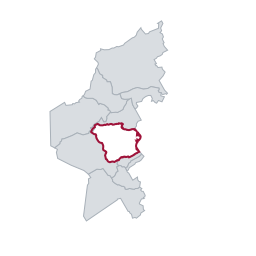 map of Nigeria with Democratic Republic of the Congo, Chad, Mali and 7 others greyed out, rotated 240°
{"feature_id": "NGA", "entity_name": "Nigeria", "entity_type": "country or territory", "adm_level": 0, "iso_a3": "NGA", "parent_name": "Africa", "parent_adm1": "", "projection": "robinson", "projection_center": [7.751, 9.075], "detail": "fine", "context": "with_neighbors", "style": "outline", "palette": "rose", "viewbox_px": 256, "rotation_deg": 240, "n_neighbors": 10, "source": "natural_earth", "source_scale": "50m", "svg_char_len": 9808}
<svg xmlns="http://www.w3.org/2000/svg" viewBox="0 0 256 256"><g transform="rotate(240 128 128)"><path d="M203.0,167.5L203.9,176.7L203.5,179.0L204.2,181.5L206.4,183.9L208.4,189.3L206.9,188.9L200.7,190.1L199.6,192.9L200.5,194.8L199.1,204.2L202.8,206.7L203.8,205.9L204.0,210.6L201.1,210.5L198.3,206.3L195.4,205.7L194.6,203.4L192.2,204.8L189.2,204.2L188.0,202.2L183.8,201.9L183.6,200.6L180.6,200.2L175.6,201.2L175.9,196.0L174.6,194.4L174.4,191.8L175.0,189.2L174.2,187.5L174.2,184.8L169.5,184.8L169.9,183.3L167.9,183.3L167.7,184.0L165.4,184.2L163.8,187.8L161.7,187.2L157.9,188.1L155.6,184.5L153.6,178.7L142.4,178.6L138.4,179.6L137.9,178.3L138.8,177.9L139.6,174.9L141.0,174.0L142.0,174.4L143.3,172.7L145.3,172.8L145.6,174.0L147.0,174.8L152.4,168.6L152.3,165.0L154.0,160.8L158.3,156.5L158.7,155.1L159.4,152.1L159.7,145.8L161.6,140.8L162.1,135.2L163.6,133.0L165.6,131.6L171.2,134.6L176.8,135.9L178.5,133.0L180.2,133.4L184.4,131.2L186.0,132.2L187.2,132.0L187.8,131.0L189.2,130.6L194.5,131.2L195.7,130.7L198.1,134.3L199.8,134.8L204.7,133.4L205.6,135.3L209.0,138.1L208.8,143.2L210.3,143.8L207.6,146.5L205.4,150.7L205.2,154.2L204.3,155.8L204.2,159.1L203.1,160.3L202.1,165.6L203.0,167.5Z" fill="#d9dde1" stroke="#a8b0b8" stroke-width="1"/><path d="M181.3,68.7L181.9,85.9L178.6,85.6L176.0,91.4L176.8,92.4L175.6,93.8L176.0,95.6L174.7,98.9L176.0,98.7L176.8,100.4L176.9,102.9L178.3,104.1L178.3,105.2L175.9,105.9L174.0,107.7L171.3,112.4L167.8,114.4L163.0,114.5L163.4,116.0L159.8,119.2L155.0,120.9L153.5,119.8L152.8,120.9L149.6,121.2L150.2,120.1L148.5,115.3L146.8,114.6L144.5,112.1L145.4,110.0L150.3,110.2L148.2,106.3L148.0,100.5L146.5,97.8L146.9,95.7L144.5,95.6L144.4,92.9L142.9,91.3L144.5,85.6L149.2,81.5L149.4,75.9L150.7,67.1L151.5,65.3L149.9,63.8L149.9,62.4L148.4,61.3L147.4,54.6L151.2,52.2L181.3,68.7Z" fill="#d9dde1" stroke="#a8b0b8" stroke-width="1"/><path d="M48.2,101.1L47.9,96.5L46.5,95.3L45.7,90.2L47.0,89.4L47.7,86.8L51.5,87.9L53.6,87.1L55.1,87.4L55.7,86.4L70.8,86.4L71.7,83.3L71.1,82.8L68.3,45.5L73.9,45.4L98.8,64.3L99.7,66.3L103.7,68.3L103.7,71.0L107.9,70.6L107.9,80.5L105.8,83.4L105.5,86.1L97.0,87.1L95.5,88.7L90.7,88.8L89.8,88.0L87.7,88.6L84.1,90.4L83.4,91.8L80.4,93.7L79.9,94.8L78.3,95.7L76.5,95.1L75.5,96.2L74.9,99.1L71.8,102.7L71.9,104.2L70.8,106.0L71.0,108.5L68.6,109.7L68.0,107.9L66.3,108.3L65.5,109.5L61.1,109.2L59.9,108.0L60.2,106.7L59.7,106.2L58.9,106.6L59.8,104.1L57.1,100.1L56.3,100.0L53.1,102.2L49.8,100.6L48.2,101.1Z" fill="#d9dde1" stroke="#a8b0b8" stroke-width="1"/><path d="M101.7,126.3L98.6,126.8L97.7,123.8L97.9,113.9L97.1,113.0L97.0,110.9L94.5,108.1L95.0,105.8L96.3,105.3L97.1,103.4L98.9,103.0L101.1,100.5L102.4,100.5L105.3,102.9L105.1,104.4L106.0,106.9L105.2,108.7L105.6,109.8L102.6,113.8L101.9,116.6L101.7,126.3Z" fill="#d9dde1" stroke="#a8b0b8" stroke-width="1"/><path d="M147.4,54.6L148.4,61.3L149.9,62.4L149.9,63.8L151.5,65.3L150.7,67.1L149.4,75.9L149.2,81.5L144.5,85.6L142.9,91.3L144.4,92.9L144.5,95.6L146.9,95.7L146.5,97.8L145.5,98.0L145.3,99.4L144.6,99.5L142.0,94.8L141.2,94.6L138.2,97.0L133.2,95.5L132.1,96.1L129.9,96.0L127.7,97.8L125.8,97.9L121.2,95.7L119.4,96.7L117.5,96.7L116.0,95.0L112.3,93.4L108.2,93.9L107.2,94.9L106.7,97.3L105.6,99.1L105.3,102.9L102.4,100.5L101.1,100.5L99.8,101.7L99.9,98.8L95.5,97.8L95.4,95.7L93.3,92.9L92.8,90.9L93.1,88.8L95.5,88.7L97.0,87.1L105.5,86.1L105.8,83.4L107.9,80.5L107.9,70.6L113.2,68.6L124.1,60.2L136.8,51.9L142.7,53.8L144.8,56.2L147.4,54.6Z" fill="#d9dde1" stroke="#a8b0b8" stroke-width="1"/><path d="M146.5,97.8L148.0,100.5L148.2,106.3L150.3,110.2L145.4,110.0L144.5,112.1L146.8,114.6L148.5,115.3L150.2,120.1L147.7,125.6L146.8,126.4L146.6,132.9L148.4,135.1L150.2,138.9L151.9,140.3L152.5,143.5L152.2,145.8L146.1,143.7L128.2,143.4L128.8,140.0L127.3,137.2L125.5,136.4L124.8,134.5L123.8,133.9L124.8,129.6L126.6,125.5L127.7,125.4L130.0,122.9L131.4,122.8L133.6,124.6L136.2,123.2L138.0,117.4L140.0,115.7L143.1,106.7L146.2,103.3L146.8,101.1L145.3,99.4L145.5,98.0L146.5,97.8Z" fill="#d9dde1" stroke="#a8b0b8" stroke-width="1"/><path d="M95.0,105.8L94.5,108.1L97.0,110.9L97.1,113.0L97.9,113.9L97.7,123.8L98.6,126.8L95.5,127.7L93.7,123.4L93.4,121.3L94.2,117.4L93.3,115.8L93.0,109.3L91.4,107.1L91.7,105.7L95.0,105.8Z" fill="#d9dde1" stroke="#a8b0b8" stroke-width="1"/><path d="M71.0,108.5L70.8,106.0L71.9,104.2L71.8,102.7L74.9,99.1L75.5,96.2L76.5,95.1L78.3,95.7L79.9,94.8L80.4,93.7L83.4,91.8L84.1,90.4L87.7,88.6L89.8,88.0L90.7,88.8L93.1,88.8L92.8,90.9L93.3,92.9L95.4,95.7L95.5,97.8L99.9,98.8L99.8,101.7L98.9,103.0L97.1,103.4L96.3,105.3L95.0,105.8L89.9,105.4L88.7,106.1L80.4,106.0L80.8,111.7L78.2,110.5L76.4,110.7L75.1,111.8L71.0,108.5Z" fill="#d9dde1" stroke="#a8b0b8" stroke-width="1"/><path d="M195.7,130.7L194.5,131.2L189.2,130.6L186.0,132.2L184.4,131.2L180.2,133.4L178.5,133.0L176.8,135.9L171.2,134.6L165.6,131.6L163.6,133.0L162.1,135.2L161.8,138.2L156.7,137.2L154.5,139.5L152.5,143.5L151.9,140.3L150.2,138.9L148.4,135.1L146.6,132.9L146.5,129.8L146.8,126.4L147.7,125.6L149.6,121.2L152.8,120.9L153.5,119.8L155.0,120.9L159.8,119.2L163.4,116.0L163.0,114.5L167.8,114.4L171.3,112.4L174.0,107.7L175.9,105.9L178.3,105.2L178.8,107.0L181.0,109.7L180.7,114.6L187.0,119.5L187.1,120.9L191.2,125.0L192.2,127.6L195.1,129.3L195.7,130.7Z" fill="#d9dde1" stroke="#a8b0b8" stroke-width="1"/><path d="M161.8,138.2L161.6,140.8L159.7,145.8L159.4,152.1L158.7,155.1L158.3,156.5L154.0,160.8L152.3,165.0L152.4,168.6L147.0,174.8L145.6,174.0L145.3,172.8L143.3,172.7L142.0,174.4L139.5,172.5L136.8,175.1L133.7,170.5L136.6,168.1L135.2,165.2L136.5,164.2L139.1,163.6L139.4,161.7L141.4,163.8L144.8,164.0L146.0,161.9L146.4,159.1L146.0,155.7L144.2,153.1L145.9,148.1L144.9,147.3L142.1,147.6L141.0,145.4L141.3,143.5L146.1,143.7L152.2,145.8L152.5,143.5L154.5,139.5L156.7,137.2L161.8,138.2Z" fill="#d9dde1" stroke="#a8b0b8" stroke-width="1"/><path d="M143.1,94.1L143.7,95.0L144.4,96.0L144.9,96.8L145.3,98.8L145.3,99.2L145.3,99.4L145.4,99.5L145.4,99.8L145.7,99.9L146.2,100.0L146.6,100.2L146.9,100.5L147.0,100.8L147.0,101.0L147.0,101.5L146.9,102.2L146.8,102.6L146.9,103.2L146.9,103.5L146.6,103.9L146.2,104.1L145.4,104.6L145.2,104.7L144.9,104.7L144.6,104.9L144.3,105.2L143.6,106.3L142.9,107.5L142.7,108.5L142.5,109.4L141.9,110.0L141.9,110.3L141.8,110.5L141.8,110.9L141.8,111.6L141.7,112.0L141.0,112.3L140.7,112.6L140.5,113.1L140.4,113.7L140.3,114.3L140.2,114.9L140.1,115.2L139.9,115.5L139.6,115.9L139.3,116.1L138.7,116.2L138.3,116.9L138.0,117.5L138.0,117.8L137.7,119.0L137.2,119.9L137.2,120.3L137.2,120.5L136.6,121.3L136.4,121.6L136.3,121.9L136.4,122.2L136.6,122.5L136.3,122.8L135.8,123.3L135.6,123.6L135.4,124.4L135.4,124.6L135.2,124.8L134.9,125.1L134.6,125.3L134.3,125.4L133.9,125.5L133.8,125.4L133.7,125.2L133.5,124.4L133.4,124.2L133.2,124.0L132.8,123.6L132.3,123.1L131.8,122.8L131.7,122.8L131.5,123.4L131.4,123.5L131.1,123.6L130.7,123.6L130.3,123.5L130.2,123.4L130.2,123.2L129.7,123.4L129.1,123.9L128.9,124.0L128.7,124.1L128.5,124.6L128.2,125.1L127.9,125.4L127.6,125.6L127.4,125.8L127.2,126.0L126.6,126.6L126.0,127.4L125.7,127.7L125.5,128.3L125.4,129.0L125.2,129.7L125.0,130.9L124.7,131.5L124.4,132.0L124.2,132.4L124.1,132.8L123.9,132.9L123.6,132.8L123.4,132.5L123.2,132.5L122.9,132.0L123.2,133.2L123.0,133.6L122.0,133.6L121.2,133.8L120.6,133.8L120.3,133.6L120.1,133.2L120.1,133.5L119.9,133.6L119.2,133.7L118.9,133.4L118.7,133.1L118.4,132.9L118.5,133.1L118.7,133.4L118.7,133.8L118.2,134.3L117.8,134.3L117.6,134.1L117.5,133.8L117.5,133.2L117.3,132.9L117.2,132.9L117.3,133.2L117.3,133.5L117.3,134.0L117.6,134.4L117.2,134.5L116.7,134.6L116.7,134.4L116.6,134.1L116.4,134.6L116.2,134.6L115.5,134.7L115.3,134.7L115.4,134.4L115.3,134.2L115.1,134.4L115.1,134.8L114.6,134.8L114.2,134.6L114.0,134.4L113.5,134.1L112.7,133.2L112.6,132.9L112.4,132.4L112.2,131.9L112.0,131.2L112.3,131.0L112.0,131.0L111.9,130.9L111.9,130.6L111.9,130.2L112.2,130.1L112.4,130.1L112.5,129.9L112.6,129.7L112.0,130.0L111.4,129.6L111.3,129.4L111.3,129.2L111.6,129.2L112.0,129.2L111.8,129.0L111.7,128.9L111.8,128.7L111.7,128.7L111.6,128.9L111.2,129.1L110.9,128.9L110.9,128.6L110.9,128.4L110.7,128.3L110.0,127.3L109.1,126.5L108.3,125.9L107.2,125.6L104.8,125.6L104.6,125.5L104.8,125.4L105.0,125.3L105.8,124.9L105.6,124.8L104.8,125.1L104.5,125.1L104.2,125.7L102.0,125.8L101.8,125.8L101.8,125.5L101.9,124.8L102.0,124.5L102.0,124.3L102.0,124.1L101.9,123.7L101.8,123.2L102.0,122.8L102.0,122.5L102.0,121.4L102.0,121.2L102.0,120.7L101.8,120.4L101.9,119.9L101.8,119.5L101.7,119.3L101.8,118.5L101.8,117.6L101.8,117.1L101.9,116.8L101.9,116.1L101.9,115.4L102.1,114.2L102.5,114.2L103.1,114.1L103.4,113.6L103.5,113.0L103.5,112.5L103.6,112.3L103.8,112.0L104.2,111.6L104.2,111.1L104.3,110.9L104.5,110.8L104.8,110.8L105.1,110.5L105.2,110.1L105.4,109.4L105.1,109.0L105.1,108.9L105.2,108.6L105.4,108.3L105.5,108.3L105.8,108.3L105.9,108.2L106.1,107.5L106.1,107.3L105.8,106.8L105.8,106.4L105.7,105.9L105.7,105.5L105.6,105.3L105.5,105.1L105.4,105.0L104.8,104.1L104.8,103.6L105.1,103.1L105.2,102.8L105.5,102.6L105.4,102.3L105.3,102.2L105.3,101.8L105.4,101.6L105.4,101.2L105.4,100.6L105.4,99.7L105.4,99.2L105.9,98.8L106.6,98.1L106.9,97.4L107.1,96.9L107.4,95.2L107.5,95.1L108.4,94.4L108.9,94.1L109.3,94.0L109.9,93.9L110.3,93.9L111.0,94.0L111.5,93.9L111.9,93.5L112.2,93.4L112.4,93.4L113.8,93.9L115.1,94.3L115.3,94.3L115.5,94.3L115.8,94.6L116.3,95.1L116.6,95.4L116.7,95.6L117.4,96.7L117.7,97.0L117.9,97.1L118.2,97.2L118.4,97.2L118.5,97.0L118.8,96.8L119.2,96.7L119.5,96.7L121.1,95.7L121.3,95.7L121.8,95.8L122.3,95.9L123.7,96.9L124.8,97.6L125.6,97.8L126.5,97.9L128.0,98.0L129.2,96.6L129.7,96.3L130.2,96.0L130.4,95.9L131.3,95.7L133.1,95.6L134.8,95.6L135.2,95.7L135.9,95.9L137.0,96.3L137.5,96.8L138.3,96.8L138.8,96.8L139.0,96.3L139.5,95.7L139.9,95.5L140.4,95.2L141.0,94.9L141.6,94.7L142.1,94.3L142.5,94.1L143.1,94.1ZM119.3,134.2L118.9,134.4L118.7,134.3L119.0,133.7L119.2,133.9L119.4,133.9L119.3,134.2Z" fill="none" stroke="#9f1239" stroke-width="2"/></g></svg>